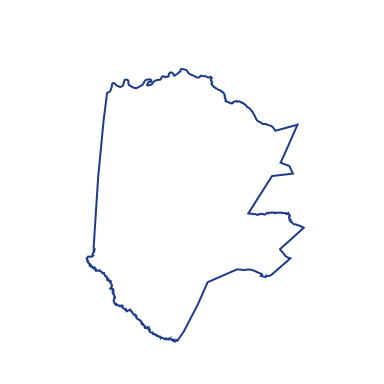 Luanshya, Copperbelt, Zambia, rotated 67°
{"feature_id": "96606910B75415616642530", "entity_name": "Luanshya", "entity_type": "district", "adm_level": 2, "iso_a3": "ZMB", "parent_name": "Zambia", "parent_adm1": "Copperbelt", "projection": "natural_earth1", "projection_center": [28.455, -13.074], "detail": "fine", "context": "isolated", "style": "outline", "palette": "blue", "viewbox_px": 384, "rotation_deg": 67, "n_neighbors": 0, "source": "geoboundaries", "source_scale": "gbopen_adm2", "svg_char_len": 6015}
<svg xmlns="http://www.w3.org/2000/svg" viewBox="0 0 384 384"><g transform="rotate(67 192 192)"><path d="M86.0,144.6L82.9,147.8L81.8,148.6L77.5,149.5L75.2,152.5L74.7,153.5L74.8,154.5L76.4,155.4L76.6,155.8L76.4,156.2L77.7,160.1L78.0,162.9L77.4,163.3L76.0,163.0L74.9,163.6L74.1,164.0L73.5,165.3L74.2,166.9L74.8,167.6L76.2,168.0L76.5,168.4L76.5,169.1L75.9,170.2L76.0,171.6L74.7,172.7L74.1,173.6L74.1,174.2L74.3,174.9L75.7,176.3L76.2,177.4L75.2,180.8L75.2,182.8L75.8,184.7L77.1,186.7L77.3,187.7L76.9,190.7L76.3,191.5L75.7,191.5L74.2,189.6L73.8,188.9L74.5,187.0L74.4,186.4L73.4,185.9L72.0,186.4L70.8,190.1L70.9,191.0L71.5,192.3L73.5,194.7L74.0,195.8L74.7,201.3L74.7,202.5L73.6,204.6L71.6,206.3L68.9,208.2L68.0,208.3L64.6,207.1L63.5,207.7L62.5,209.5L62.7,210.5L66.4,213.3L67.2,214.4L67.4,216.3L67.1,217.3L64.3,219.9L61.2,221.2L60.8,221.7L61.4,223.4L64.1,224.9L67.3,228.0L67.5,228.7L67.6,231.4L91.0,245.1L142.3,272.9L205.0,304.4L206.4,303.9L207.0,305.3L207.8,305.3L208.2,305.0L208.6,305.7L209.0,305.8L209.1,306.3L210.9,308.2L211.6,308.4L212.0,308.0L212.4,309.3L211.7,310.9L211.7,311.6L210.8,312.8L211.0,313.2L211.4,313.6L211.7,314.7L213.6,314.7L213.8,315.3L215.1,314.7L215.7,315.4L216.3,315.3L216.6,314.8L217.3,314.8L218.9,313.9L219.1,314.7L219.6,315.0L220.0,314.2L221.1,314.3L221.2,313.2L223.3,313.0L223.5,312.3L223.9,312.2L223.4,311.5L223.9,311.5L224.3,310.8L224.7,310.7L225.0,311.0L225.7,310.7L226.2,311.3L226.7,310.9L227.1,311.0L227.1,310.2L227.6,309.6L228.0,308.6L228.0,307.7L228.6,307.9L230.4,306.3L231.9,306.1L232.2,304.7L232.7,304.9L234.4,304.7L235.1,304.8L236.0,304.4L236.0,303.9L236.3,303.7L236.8,303.9L237.5,303.6L238.5,304.1L239.1,303.3L239.4,303.7L239.5,303.4L239.8,303.2L240.4,304.0L240.7,303.8L240.8,303.4L241.7,303.0L241.7,302.0L242.0,301.7L242.8,301.6L243.2,302.6L244.4,302.4L245.0,302.5L246.0,302.0L246.9,302.5L247.3,302.4L248.0,303.0L248.3,304.1L249.0,305.0L250.2,303.1L251.0,303.2L251.1,302.5L251.5,302.5L252.2,303.3L252.4,303.9L253.8,303.3L254.4,304.4L254.8,304.0L255.5,304.3L256.5,303.8L257.4,304.3L258.2,304.0L258.6,304.6L259.2,304.3L259.9,304.9L259.8,305.3L260.6,305.7L260.9,306.4L261.3,306.6L262.2,306.8L263.2,306.5L263.8,306.9L264.8,306.4L265.1,306.5L265.3,305.8L265.9,306.0L266.0,305.2L266.6,304.8L266.9,305.1L267.8,304.2L268.3,302.9L269.2,302.9L269.5,302.0L269.1,301.1L269.6,301.1L269.9,300.8L269.9,300.4L270.5,300.4L271.1,301.0L271.5,301.0L272.1,300.8L272.8,300.1L273.6,299.7L273.7,298.7L274.1,298.6L274.5,299.2L274.9,298.8L275.9,298.9L275.7,298.4L276.4,298.0L276.2,296.6L276.3,296.0L276.0,295.2L276.3,294.6L277.8,294.7L279.0,294.0L279.9,294.2L280.5,293.7L282.0,293.6L282.5,293.3L282.7,292.0L283.0,291.9L283.7,291.9L283.8,292.4L284.1,292.5L284.7,292.3L284.9,291.8L285.7,292.3L285.9,292.0L287.8,291.8L289.1,290.2L289.8,290.2L290.6,289.6L290.9,289.8L291.9,289.6L292.2,289.2L293.1,289.8L293.4,289.8L293.5,289.4L294.0,289.6L294.3,289.0L294.7,289.3L294.9,289.1L294.9,288.6L295.6,288.8L295.8,288.4L296.7,287.9L297.6,288.0L297.6,288.6L297.7,288.3L298.2,288.6L298.5,288.5L298.6,287.7L299.0,287.8L299.0,286.1L299.5,286.3L299.5,285.7L300.2,285.6L300.1,285.1L300.4,285.3L300.5,285.0L301.2,284.9L302.1,285.6L302.5,285.5L302.6,285.0L303.1,285.5L304.8,285.3L305.9,283.3L306.3,283.6L307.3,283.4L307.3,283.1L307.8,283.1L308.4,282.2L308.3,281.7L309.0,281.6L309.5,280.8L310.1,280.9L310.7,280.6L310.7,280.1L311.3,279.3L311.6,279.4L311.8,279.1L312.9,278.5L312.9,277.9L313.4,278.0L313.8,277.4L314.3,277.6L314.1,276.9L315.2,275.6L316.2,275.2L316.5,274.3L316.4,273.5L317.1,273.7L317.2,272.9L317.9,272.7L317.9,270.7L318.5,270.8L318.3,269.6L318.6,269.9L319.1,269.6L319.8,268.5L320.1,268.5L320.2,267.7L320.6,267.9L320.8,267.2L321.0,267.6L322.0,267.3L322.4,266.8L322.4,266.2L323.1,265.9L322.7,264.7L322.3,264.4L322.9,264.2L323.2,263.6L317.3,254.2L315.8,252.3L297.2,229.9L281.2,212.9L280.8,180.7L284.2,174.5L285.2,170.7L287.2,167.1L295.0,159.7L296.2,161.4L299.2,157.2L298.0,156.3L299.3,154.1L299.5,151.9L291.5,127.3L290.9,127.8L290.0,129.3L287.3,131.1L283.8,131.9L280.0,133.2L279.0,133.3L268.6,103.1L266.9,104.3L266.4,105.2L265.5,105.6L265.3,106.1L264.6,106.6L263.5,108.2L262.3,109.1L262.1,110.0L261.3,110.9L259.8,111.7L258.7,111.9L258.4,112.5L257.2,112.3L257.1,112.8L256.5,113.1L256.3,112.6L256.0,113.1L255.6,113.0L255.4,112.7L254.9,112.8L254.9,112.5L254.7,112.4L253.5,112.8L252.3,111.9L252.4,111.3L252.2,111.2L251.8,111.4L251.2,111.2L249.8,111.4L249.5,111.8L249.0,111.7L249.1,112.3L249.6,112.2L249.7,112.6L249.4,113.0L248.5,113.4L248.3,113.8L248.7,114.0L247.4,115.3L246.7,116.4L246.5,117.6L245.6,118.1L244.8,120.9L244.1,121.8L244.3,122.6L243.9,123.8L243.4,123.8L243.3,124.7L242.9,124.9L242.2,126.1L242.2,126.7L241.9,126.9L242.0,127.6L241.7,128.3L240.7,129.9L240.7,130.4L241.1,130.5L240.7,131.0L240.7,131.9L241.2,133.5L240.9,134.6L240.3,134.8L239.7,135.7L239.1,137.6L238.6,138.3L238.6,138.9L238.9,139.4L238.7,140.6L237.9,141.7L237.3,141.9L236.7,143.1L236.1,144.9L235.3,145.3L234.0,148.3L233.7,148.6L208.6,112.1L214.5,91.9L206.2,92.2L199.6,99.0L193.2,91.9L171.3,68.6L168.2,91.3L164.5,92.1L162.1,93.2L160.0,96.0L159.3,96.4L158.0,97.9L157.1,100.3L154.6,101.8L153.4,103.0L151.8,104.0L149.7,104.5L146.3,104.4L144.2,104.9L141.6,104.9L141.3,105.2L140.4,105.3L140.0,105.7L138.0,106.1L136.3,107.1L135.3,108.1L133.2,108.4L132.7,108.9L131.5,109.3L131.1,109.9L130.3,110.1L129.5,110.8L129.4,111.2L128.8,111.7L127.0,112.9L127.0,113.9L126.5,115.1L125.5,115.4L125.7,116.5L125.4,117.3L125.3,118.7L125.3,119.1L126.2,119.9L126.1,120.8L125.3,121.4L125.1,122.2L124.4,122.5L124.3,122.9L123.7,123.1L123.2,123.9L122.4,124.4L121.7,125.6L120.8,125.4L120.5,124.8L118.8,125.0L118.2,124.5L117.3,124.8L117.0,124.4L116.0,124.4L115.6,123.9L113.8,124.2L112.5,124.2L111.1,125.7L109.9,125.8L108.3,127.8L106.4,128.8L106.0,129.5L104.9,129.9L103.9,130.9L103.3,130.8L100.7,131.9L100.1,131.9L99.6,131.0L98.0,130.5L97.7,130.9L97.3,131.0L95.8,130.8L95.1,130.2L95.0,129.3L94.3,129.3L93.2,129.8L93.2,131.4L92.8,132.6L90.4,134.5L89.9,136.2L88.4,138.3L88.4,138.8L89.3,140.3L88.9,142.3L87.3,143.8L86.0,144.6Z" fill="none" stroke="#1e3a8a" stroke-width="2"/></g></svg>